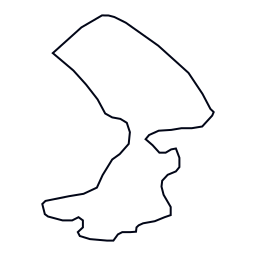 an SVG outline of Jegunovce
{"feature_id": "MKD-2963", "entity_name": "Jegunovce", "entity_type": "Municipality", "adm_level": 1, "iso_a3": "MKD", "parent_name": "North Macedonia", "parent_adm1": "", "projection": "robinson", "projection_center": [21.128, 42.089], "detail": "fine", "context": "isolated", "style": "outline", "palette": "ink", "viewbox_px": 256, "rotation_deg": 0, "n_neighbors": 0, "source": "natural_earth", "source_scale": "10m", "svg_char_len": 980}
<svg xmlns="http://www.w3.org/2000/svg" viewBox="0 0 256 256"><path d="M102.0,15.4L108.6,15.5L114.3,17.0L125.8,22.7L158.3,45.7L188.5,72.9L202.5,93.9L210.4,108.9L213.7,112.1L212.2,115.6L202.2,126.5L191.8,128.2L181.5,128.2L171.2,129.9L158.7,130.7L149.1,135.0L145.6,139.2L152.5,145.1L159.4,152.7L165.6,152.7L171.2,149.4L175.9,148.5L179.4,157.8L179.4,167.1L175.9,171.4L167.7,174.8L162.2,180.7L161.5,186.6L163.6,194.8L170.7,207.0L170.7,215.1L164.6,217.2L154.8,221.2L143.1,223.3L138.7,225.3L136.5,227.4L136.0,231.7L130.6,232.1L122.3,232.1L117.9,234.4L113.4,240.6L107.1,240.6L89.9,239.1L79.8,236.0L77.8,232.1L82.9,227.4L82.9,220.4L78.5,217.2L72.2,220.4L62.6,220.4L48.0,216.5L44.8,214.1L44.6,213.2L42.9,206.5L42.3,204.0L45.5,200.9L69.0,196.2L83.6,193.8L96.9,187.6L102.6,175.1L112.2,159.5L119.8,154.0L128.7,143.9L129.9,132.2L126.8,122.8L120.4,118.9L112.2,117.4L105.2,113.5L97.6,99.4L86.1,84.6L73.4,70.5L52.8,53.1L81.4,27.4L102.0,15.4Z" fill="none" stroke="#020617" stroke-width="2"/></svg>